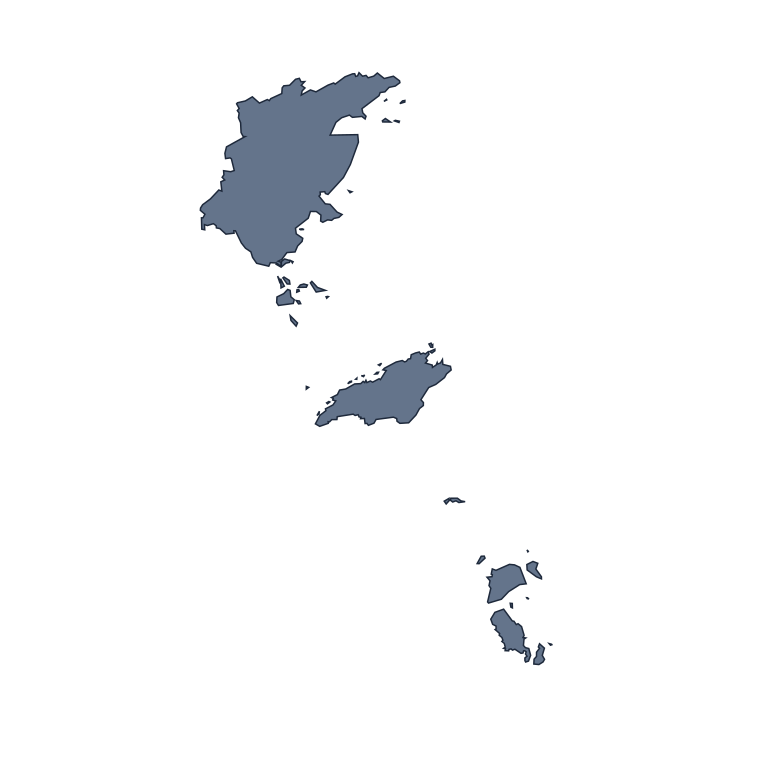 outline of Mueang Satun, Satun, Thailand, rotated 250°
{"feature_id": "78962969B14471868666252", "entity_name": "Mueang Satun", "entity_type": "district", "adm_level": 2, "iso_a3": "THA", "parent_name": "Thailand", "parent_adm1": "Satun", "projection": "albers", "projection_center": [99.766, 6.614], "detail": "fine", "context": "isolated", "style": "filled", "palette": "slate", "viewbox_px": 768, "rotation_deg": 250, "n_neighbors": 0, "source": "geoboundaries", "source_scale": "gbopen_adm2", "svg_char_len": 6164}
<svg xmlns="http://www.w3.org/2000/svg" viewBox="0 0 768 768"><g transform="rotate(250 384 384)"><path d="M591.8,265.7L590.2,268.3L595.2,269.8L593.3,272.2L593.0,278.5L590.2,280.4L588.0,279.9L586.2,282.9L578.9,286.7L577.0,294.7L579.4,295.3L578.8,296.8L565.3,298.2L558.9,300.3L553.7,304.1L547.9,303.8L541.0,305.6L534.1,316.0L536.9,318.7L534.5,324.4L531.1,326.5L530.8,328.0L533.8,328.8L535.6,326.5L536.0,330.5L540.7,337.7L538.5,345.6L543.3,350.1L546.0,355.8L548.7,357.5L555.1,352.9L560.7,354.1L565.7,369.5L571.3,373.9L569.2,379.4L564.3,382.5L558.8,380.2L556.9,381.8L557.5,387.1L555.7,390.8L556.7,393.6L556.0,398.6L557.6,402.6L561.6,398.7L571.3,394.7L573.4,390.4L582.8,387.2L583.6,388.9L586.2,389.6L585.0,394.1L583.0,394.1L581.3,396.2L591.9,416.5L601.7,427.4L620.0,442.7L627.3,444.6L636.3,418.5L646.3,428.3L648.7,435.3L648.5,443.5L645.4,445.5L643.0,454.7L639.5,456.9L641.8,458.7L646.1,456.8L650.3,457.5L656.6,477.9L659.2,480.1L658.2,484.8L661.0,490.2L660.1,496.5L661.7,502.0L663.6,502.3L670.0,498.1L671.0,488.7L678.5,484.1L676.8,479.6L677.2,473.8L680.1,472.7L680.6,469.1L685.1,467.0L682.6,464.6L682.7,462.6L685.6,462.6L686.2,460.5L686.0,452.4L682.5,440.7L684.1,439.7L684.0,433.6L681.8,420.0L685.5,415.4L683.8,405.1L687.4,407.3L689.2,411.0L693.0,408.4L695.3,412.9L696.4,409.4L700.2,409.0L700.6,405.1L697.0,397.4L698.5,391.8L697.1,389.6L691.9,387.3L690.9,375.2L689.5,373.1L691.2,371.7L690.6,363.0L698.9,358.5L697.4,350.5L698.4,342.5L697.7,341.3L692.4,342.1L691.1,339.7L688.1,340.5L684.0,338.3L678.5,338.6L669.2,335.7L664.7,336.3L664.0,338.0L660.7,317.1L655.2,313.4L650.0,312.2L649.1,316.7L647.8,317.6L635.8,316.3L635.9,312.6L639.3,306.2L635.3,305.1L633.6,302.6L630.2,304.1L629.8,299.8L620.7,297.6L622.8,295.1L617.3,284.2L614.5,274.9L612.1,271.8L610.0,270.8L604.8,273.8L602.1,270.8L602.6,269.3L591.8,265.7ZM376.5,313.1L370.0,305.9L366.2,309.1L366.1,318.2L367.7,318.6L367.0,319.8L368.4,322.7L366.7,327.6L369.3,328.9L366.2,344.7L364.3,346.1L364.0,349.2L361.6,349.3L360.6,351.0L359.4,350.1L358.3,353.8L353.3,352.7L352.8,354.5L350.5,355.2L350.6,361.2L353.4,364.4L349.6,381.5L347.2,384.1L344.5,383.5L341.6,385.5L339.1,393.9L343.9,403.4L348.8,409.0L350.3,413.6L353.1,414.7L356.6,413.3L365.4,424.8L365.9,432.5L369.3,443.0L372.1,446.2L374.2,451.9L377.9,452.5L382.3,446.0L387.0,447.3L384.5,444.3L384.4,441.2L386.0,441.3L384.0,439.5L383.0,435.2L385.3,435.8L389.5,430.1L391.1,432.9L393.9,432.0L396.6,436.5L399.2,436.5L398.1,433.1L399.6,431.6L399.6,428.7L402.0,428.1L402.4,424.2L402.2,419.6L398.7,417.6L399.2,415.3L397.7,412.8L397.7,410.9L399.8,409.2L400.5,402.9L398.7,389.8L397.7,387.8L395.9,390.7L389.3,382.1L390.6,381.2L389.6,373.9L391.5,372.2L391.2,368.4L393.7,368.3L391.9,366.4L393.6,365.3L392.3,362.3L394.1,356.4L392.4,346.3L393.5,340.2L390.0,336.6L389.2,330.0L387.9,331.4L386.5,330.3L384.6,332.9L381.8,328.9L380.7,320.5L378.8,320.3L376.5,313.1ZM155.5,414.5L143.8,406.8L142.4,407.3L141.6,420.7L146.3,430.2L149.1,442.9L147.6,449.3L165.2,449.0L169.4,444.8L171.6,440.2L170.6,425.5L173.2,422.5L168.6,419.7L167.8,420.6L166.0,419.6L167.2,414.7L162.8,416.3L158.6,413.7L155.5,414.5ZM126.5,403.9L121.0,403.9L118.2,406.5L115.5,405.6L115.3,404.4L110.0,407.3L108.5,406.3L105.5,408.1L102.5,408.1L101.8,406.7L99.1,408.3L95.2,407.9L94.7,406.0L93.6,407.6L92.0,406.6L90.6,409.9L91.8,410.6L91.6,412.8L90.0,413.7L90.0,416.3L84.1,420.6L83.7,422.6L85.5,423.9L85.2,425.0L83.7,426.0L81.9,424.6L79.3,425.3L78.4,422.7L75.8,421.8L74.3,422.0L74.2,425.0L78.9,429.0L85.9,429.6L87.9,426.7L90.6,425.6L96.4,428.3L96.9,430.3L98.2,427.9L99.9,429.7L109.0,430.3L112.9,428.0L112.7,426.0L116.6,425.0L117.5,423.5L131.5,419.4L131.5,410.1L126.5,403.9ZM497.3,311.0L493.9,311.7L490.7,326.3L493.9,328.5L497.8,326.3L504.1,327.8L505.8,325.8L503.2,320.7L502.4,313.2L497.3,311.0ZM74.1,430.9L69.6,429.0L67.4,433.6L68.4,438.4L70.4,440.7L74.8,439.9L80.9,444.4L86.7,441.3L84.1,439.1L82.5,439.8L79.8,435.6L75.8,434.1L74.1,430.9ZM166.3,463.3L165.5,456.5L160.3,454.9L150.7,461.3L147.0,465.3L149.0,466.0L158.2,463.4L162.9,467.2L166.3,463.3ZM504.2,349.4L493.6,351.7L492.0,361.0L497.5,354.5L505.1,351.3L504.2,349.4ZM534.2,329.5L530.3,328.0L530.3,326.6L534.0,323.1L529.0,327.3L531.1,333.2L530.6,336.8L532.0,338.0L535.5,333.4L534.2,329.5ZM252.0,406.7L249.6,408.2L249.6,411.7L247.0,413.8L245.7,420.0L247.8,416.4L251.6,413.9L253.8,407.7L252.0,406.7ZM188.0,419.3L188.9,416.4L183.4,410.1L182.6,411.9L185.8,419.4L188.0,419.3ZM480.3,319.2L475.5,318.3L468.4,321.2L470.9,323.6L480.3,319.2ZM518.3,325.3L511.1,327.2L510.1,329.8L513.7,330.5L518.7,326.6L518.3,325.3ZM505.7,339.2L504.1,336.5L501.5,344.1L503.2,345.9L505.4,342.9L505.7,339.2ZM510.0,323.8L518.3,322.8L509.5,320.1L510.0,323.8ZM627.9,479.8L633.0,476.1L631.9,472.5L630.7,472.4L627.9,479.8ZM254.3,406.0L253.3,400.5L250.0,401.4L252.1,405.3L254.3,406.0ZM398.9,438.0L396.7,439.6L397.8,443.2L399.3,443.7L398.9,438.0ZM406.2,439.9L402.6,440.5L401.8,442.3L404.4,443.3L404.2,442.3L406.3,442.2L406.2,439.9ZM134.8,427.6L130.9,426.9L129.7,428.1L133.9,429.5L134.8,427.6ZM492.5,330.0L488.5,331.1L488.0,333.2L490.9,332.9L492.5,330.0ZM517.0,321.8L521.8,320.9L515.7,320.8L517.0,321.8ZM643.3,500.6L643.7,498.2L642.1,494.8L641.8,500.0L643.3,500.6ZM502.3,334.5L500.1,333.4L500.2,336.2L501.9,336.2L502.3,334.5ZM625.7,488.4L627.9,484.8L627.7,483.7L624.6,487.5L625.7,488.4ZM408.3,310.2L405.7,309.2L406.6,312.1L408.3,310.2ZM577.8,416.8L575.3,417.5L575.6,419.6L577.8,416.8ZM650.7,483.7L649.6,480.6L650.0,483.8L650.7,483.7ZM396.7,350.0L397.1,354.2L397.8,354.4L398.0,352.5L396.7,350.0ZM378.1,312.7L380.5,314.0L377.3,310.2L378.1,312.7ZM396.9,382.9L397.4,381.3L396.4,379.0L395.7,381.5L396.9,382.9ZM385.9,323.6L384.7,324.1L385.6,327.0L386.4,326.2L385.9,323.6ZM531.5,338.9L529.1,339.3L530.0,340.4L531.5,338.9ZM403.9,385.3L402.7,386.3L404.3,388.8L403.9,385.3ZM556.5,361.7L557.8,360.2L558.5,357.3L557.4,358.5L556.5,361.7ZM83.6,450.4L81.6,451.1L81.6,452.6L82.1,452.5L83.6,450.4ZM399.1,368.9L398.8,367.3L399.6,365.5L397.9,367.3L399.1,368.9ZM485.8,359.4L484.2,359.5L485.1,361.7L485.6,360.9L485.8,359.4ZM177.4,462.4L179.2,461.6L177.1,461.8L177.4,462.4ZM397.7,360.0L398.8,360.5L398.2,359.0L397.7,360.0ZM132.4,446.7L134.1,445.7L134.4,445.0L133.3,445.2L132.4,446.7Z" fill="#64748b" stroke="#1e293b" stroke-width="1.5"/></g></svg>